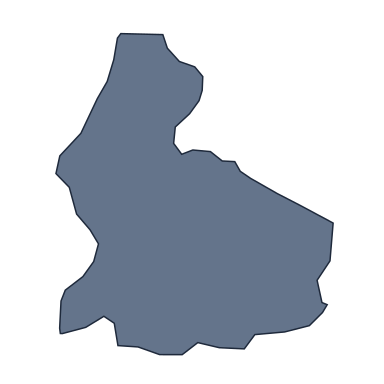 Storfors, Värmland, Sweden, rotated 177°
{"feature_id": "70781695B43025182622692", "entity_name": "Storfors", "entity_type": "district", "adm_level": 2, "iso_a3": "SWE", "parent_name": "Sweden", "parent_adm1": "Värmland", "projection": "albers", "projection_center": [14.297, 59.484], "detail": "fine", "context": "isolated", "style": "filled", "palette": "slate", "viewbox_px": 384, "rotation_deg": 177, "n_neighbors": 0, "source": "geoboundaries", "source_scale": "gbopen_adm2", "svg_char_len": 860}
<svg xmlns="http://www.w3.org/2000/svg" viewBox="0 0 384 384"><g transform="rotate(177 192 192)"><path d="M52.7,153.6L83.6,172.3L107.0,186.0L132.7,202.5L142.7,210.1L147.7,220.1L160.2,221.4L171.5,231.4L189.0,233.9L200.3,230.2L207.8,241.5L205.3,257.8L190.3,270.3L180.2,282.8L176.5,292.9L175.2,306.7L182.7,316.8L197.8,323.0L209.1,336.9L212.9,350.7L254.8,353.9L258.4,349.6L263.2,328.2L270.9,306.8L281.6,290.3L299.9,256.4L322.1,235.0L326.9,217.5L314.3,203.1L308.4,176.0L295.8,159.6L288.1,145.1L293.8,127.7L305.4,113.2L319.5,103.5L323.7,100.6L328.5,90.0L331.3,62.9L330.9,57.6L328.9,57.4L305.2,62.4L286.5,72.5L276.5,65.0L274.0,42.5L254.0,40.1L232.8,31.3L210.3,30.1L194.1,41.3L172.9,35.1L148.0,32.6L136.7,46.3L106.8,47.4L81.8,52.4L68.0,64.8L62.9,72.4L68.0,74.8L71.7,97.3L57.8,116.0L52.7,153.5L52.7,153.6Z" fill="#64748b" stroke="#1e293b" stroke-width="1.5"/></g></svg>